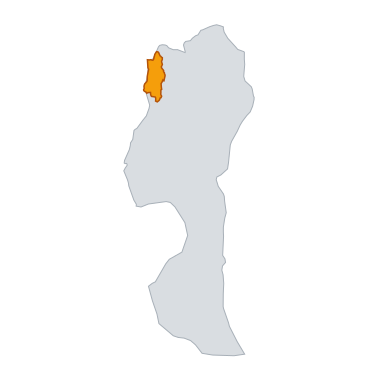 Aluksne on a map of Latvia (Equal Earth projection), rotated 267°
{"feature_id": "LVA-1076", "entity_name": "Aluksne", "entity_type": "Municipality", "adm_level": 1, "iso_a3": "LVA", "parent_name": "Latvia", "parent_adm1": "", "projection": "equal_earth", "projection_center": [27.1, 57.427], "detail": "fine", "context": "in_parent", "style": "filled", "palette": "amber", "viewbox_px": 384, "rotation_deg": 267, "n_neighbors": 0, "source": "natural_earth", "source_scale": "10m", "svg_char_len": 2950}
<svg xmlns="http://www.w3.org/2000/svg" viewBox="0 0 384 384"><g transform="rotate(267 192 192)"><path d="M283.4,259.0L281.0,258.8L274.5,257.0L268.9,254.3L265.6,250.8L259.9,246.0L256.2,243.5L250.3,240.4L240.5,234.2L237.0,232.7L219.5,230.0L213.2,228.7L207.5,221.7L205.7,217.6L202.9,216.8L199.7,217.7L196.3,218.5L188.4,223.3L185.8,224.0L180.9,224.1L169.5,225.1L164.4,223.4L155.4,221.5L150.5,221.2L146.2,221.2L127.1,219.3L123.5,221.4L119.9,221.8L116.6,218.6L112.4,217.7L107.6,218.7L99.0,218.9L88.9,217.9L76.0,217.1L74.0,217.4L59.5,221.6L55.9,222.3L40.0,229.4L27.3,236.1L26.3,225.4L28.1,204.1L30.4,193.6L39.2,187.5L43.7,182.8L46.5,176.5L47.5,170.6L49.4,165.8L62.3,152.1L72.1,150.6L85.4,146.8L100.2,143.6L102.9,147.6L104.2,150.7L121.6,162.0L126.0,165.8L132.5,178.8L148.8,185.4L161.8,183.3L167.5,180.1L178.0,174.2L182.7,169.8L183.8,165.7L182.3,147.9L179.7,140.3L180.8,135.5L182.6,135.8L187.0,133.5L201.4,129.2L204.3,129.0L207.6,128.2L216.7,125.0L219.6,126.7L222.0,128.6L223.3,128.6L224.0,127.9L223.8,126.7L224.5,125.8L227.1,126.3L237.5,131.6L241.5,132.8L244.3,133.2L247.6,135.6L256.5,137.3L257.6,138.6L258.3,140.2L266.6,147.0L270.4,150.4L277.8,153.5L281.0,154.3L294.1,151.1L297.8,150.0L300.8,149.9L303.8,151.6L310.8,153.9L317.2,154.6L318.3,154.4L323.7,154.7L325.6,155.5L326.9,159.9L333.0,163.3L338.7,166.1L340.1,167.4L340.6,170.0L340.2,172.9L339.5,174.5L337.2,176.2L335.1,180.7L334.9,185.0L331.6,192.4L332.3,192.6L339.2,191.2L341.2,192.0L342.7,193.6L343.2,198.3L345.5,200.4L347.8,203.7L348.6,206.2L353.0,209.3L353.4,211.2L356.1,218.2L357.2,222.2L357.7,225.4L356.4,229.3L355.2,232.0L353.8,231.8L349.9,232.5L343.6,235.8L334.3,243.4L332.0,245.1L329.5,251.0L328.9,251.6L323.5,251.3L322.0,251.2L316.6,251.3L304.7,249.7L300.1,250.8L294.0,256.7L291.7,257.5L284.6,258.4L283.4,259.0Z" fill="#d9dde1" stroke="#a8b0b8" stroke-width="1"/><path d="M296.5,149.0L297.1,149.2L297.6,149.6L298.3,149.7L299.1,149.6L299.9,149.6L301.5,150.0L302.5,150.5L304.2,152.2L305.1,152.9L306.2,153.2L309.9,153.4L316.9,155.1L318.4,154.5L326.4,154.4L326.1,156.4L326.3,157.7L325.8,158.9L325.6,159.8L326.8,160.7L331.5,162.1L334.0,163.9L333.7,165.3L333.4,165.6L333.0,166.0L332.5,166.1L332.1,166.3L329.7,167.2L329.1,168.0L328.4,168.4L327.7,169.4L326.4,169.3L326.0,169.3L325.2,169.0L324.5,168.5L323.3,168.5L320.9,169.1L318.5,167.9L317.2,168.3L314.9,170.0L313.6,169.9L313.3,170.1L313.0,170.3L312.8,170.5L312.4,170.7L311.5,170.7L310.7,171.1L309.5,171.2L304.9,169.9L304.4,169.8L304.4,169.7L304.5,169.5L305.0,169.1L305.4,168.8L305.0,168.6L303.3,167.8L301.8,166.8L298.0,166.9L296.1,167.1L295.4,166.2L295.0,166.2L294.8,166.2L292.7,166.1L291.4,165.9L290.8,166.0L289.3,166.7L287.8,166.0L287.8,165.8L287.6,165.2L285.6,164.3L284.9,163.6L283.8,162.0L284.7,160.4L286.1,160.6L288.1,160.6L288.8,160.2L289.3,157.9L289.6,156.5L291.3,155.8L293.6,155.8L293.6,154.9L293.5,153.0L293.0,152.0L294.0,151.5L294.5,150.7L295.0,149.9L295.7,149.2L296.5,149.0Z" fill="#f59e0b" stroke="#b45309" stroke-width="1.5"/></g></svg>